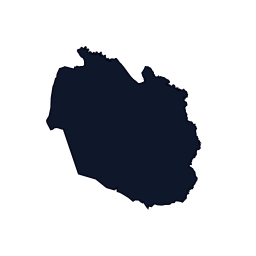 Ixcateopan de Cuauhtémoc, Guerrero, Mexico, rotated 137°
{"feature_id": "50627088B27024757468193", "entity_name": "Ixcateopan de Cuauhtémoc", "entity_type": "district", "adm_level": 2, "iso_a3": "MEX", "parent_name": "Mexico", "parent_adm1": "Guerrero", "projection": "natural_earth1", "projection_center": [-99.804, 18.463], "detail": "fine", "context": "isolated", "style": "filled", "palette": "ink", "viewbox_px": 256, "rotation_deg": 137, "n_neighbors": 0, "source": "geoboundaries", "source_scale": "gbopen_adm2", "svg_char_len": 5672}
<svg xmlns="http://www.w3.org/2000/svg" viewBox="0 0 256 256"><g transform="rotate(137 128 128)"><path d="M185.5,179.5L183.7,178.6L182.1,178.6L181.4,178.4L179.5,177.0L179.0,176.3L176.8,172.3L175.8,171.4L195.3,128.2L186.1,112.7L184.1,99.1L180.0,92.2L177.0,91.9L177.6,90.6L179.0,88.8L178.3,88.0L177.1,85.2L174.7,76.7L174.1,71.2L171.9,70.9L169.0,68.0L168.9,65.5L168.2,63.4L167.1,63.2L168.1,56.7L168.1,55.8L166.5,57.0L166.1,57.2L164.3,54.6L162.0,54.8L160.7,54.7L159.7,53.9L158.8,52.1L155.7,48.7L152.8,46.9L149.8,44.2L148.6,43.8L147.0,43.9L144.9,42.1L143.5,42.6L141.8,41.7L140.4,39.8L139.5,38.9L139.3,38.1L139.0,38.0L138.7,36.9L137.6,36.8L136.6,37.2L135.6,36.9L134.2,37.4L133.7,37.0L132.6,37.8L132.4,38.2L132.1,38.5L130.6,39.6L130.3,39.7L129.9,39.5L129.3,39.4L128.6,39.0L128.3,39.0L128.1,39.8L128.1,40.1L127.8,40.6L127.0,41.0L126.4,40.4L125.4,41.6L124.4,40.9L123.8,40.8L123.2,41.1L122.9,40.9L122.6,40.0L122.2,39.9L121.8,40.2L120.8,40.3L120.6,40.9L120.1,41.3L119.9,41.6L119.7,41.9L119.2,41.6L118.5,41.8L117.3,41.8L117.0,41.9L116.6,42.3L116.2,42.5L115.6,42.5L114.2,43.0L113.6,43.0L112.5,43.8L111.8,44.2L111.7,45.0L111.9,45.8L111.5,46.5L111.5,47.5L110.4,48.4L110.4,49.2L109.4,50.1L109.2,51.0L109.4,51.3L109.3,52.1L109.2,52.6L108.8,53.6L108.7,54.0L109.0,55.3L109.0,56.1L109.5,57.1L109.6,58.2L108.9,59.2L107.6,59.4L107.0,58.9L106.6,58.4L106.1,59.0L106.1,59.4L105.4,60.3L105.3,60.7L104.8,60.3L104.3,60.4L103.7,61.1L103.3,61.2L102.9,61.6L102.5,61.7L101.8,61.6L100.7,62.2L100.2,61.6L99.6,61.3L98.6,61.4L98.4,61.7L98.4,62.5L98.2,63.0L97.9,63.0L97.4,62.3L96.9,62.0L96.4,62.3L96.1,62.3L95.2,63.2L95.3,63.8L95.2,64.1L94.7,64.1L93.3,64.9L92.1,65.3L91.8,65.3L90.8,64.1L90.3,64.2L90.1,64.4L89.4,64.1L89.0,64.3L88.6,64.9L88.2,65.8L86.7,66.6L86.7,67.8L86.5,68.0L86.1,68.1L85.9,68.3L85.8,68.6L85.4,68.2L85.4,69.0L84.9,69.5L84.8,69.8L85.3,70.9L85.3,71.2L84.8,72.1L84.3,72.4L84.1,73.5L83.5,74.2L83.5,75.1L83.7,75.8L83.6,76.3L83.2,76.9L82.4,77.2L82.1,77.9L81.8,78.3L81.6,79.0L81.0,79.5L80.7,80.0L79.3,81.0L79.0,81.0L78.7,80.9L78.3,81.1L78.2,82.0L78.0,82.5L77.7,82.7L77.8,84.3L76.8,85.0L77.7,85.7L78.1,87.1L77.5,88.3L77.5,89.0L78.4,89.9L79.3,91.6L79.5,92.0L79.5,92.6L79.7,93.1L79.7,93.8L79.3,94.2L78.7,94.2L77.9,95.1L77.6,95.9L77.5,96.9L76.8,97.2L76.6,97.6L76.1,97.7L75.8,97.9L75.7,98.5L75.9,99.0L75.4,99.7L75.3,100.5L75.0,101.1L74.7,101.6L74.3,101.7L74.2,102.0L73.9,102.3L73.9,103.0L73.4,103.2L73.0,103.9L72.7,104.8L72.5,105.1L72.1,105.1L71.5,104.6L70.2,105.1L69.7,104.7L68.9,105.3L68.7,105.9L68.1,106.9L68.1,107.4L68.4,107.6L68.7,108.7L68.6,109.5L68.3,110.2L67.3,111.0L67.0,112.0L66.5,112.1L66.1,112.0L66.1,111.9L66.4,111.5L66.5,111.1L66.3,110.8L65.7,111.3L65.3,111.4L64.8,111.3L64.3,111.1L63.9,110.7L63.5,110.6L62.9,111.3L61.8,111.9L61.6,112.4L61.9,112.8L62.0,113.0L61.9,113.4L61.0,113.8L60.7,114.5L60.7,115.0L61.1,115.3L61.2,115.6L61.0,118.2L61.1,118.3L62.2,118.3L63.1,118.6L63.4,119.5L63.4,119.9L64.1,120.2L63.9,120.9L64.1,121.4L64.5,121.6L65.0,120.9L65.5,120.8L65.7,121.0L65.8,122.4L64.5,123.2L64.8,123.7L65.8,124.2L66.3,124.7L66.3,125.1L66.5,125.8L66.5,126.2L66.3,126.5L65.8,126.4L65.4,126.7L65.3,127.0L65.4,128.3L65.5,128.5L66.2,128.6L66.7,128.2L67.9,128.9L68.2,129.0L68.3,129.5L68.5,129.8L68.6,130.3L68.3,130.5L68.4,131.0L68.9,131.9L69.8,132.8L70.1,133.3L70.1,133.7L69.6,133.8L66.8,133.3L66.2,133.8L66.1,135.5L66.9,137.3L67.2,138.2L67.2,139.2L67.5,140.3L68.0,140.7L69.3,143.2L69.7,143.4L70.6,143.4L70.8,143.9L70.5,144.9L71.3,144.9L72.6,145.7L73.1,146.4L73.4,147.6L72.7,148.8L72.7,149.2L72.8,149.7L73.1,149.9L73.1,150.2L72.9,150.5L72.3,150.7L71.8,151.4L71.5,153.0L71.7,153.5L71.6,154.0L71.2,154.8L71.0,156.3L71.2,157.3L72.1,157.7L72.2,158.0L71.7,158.9L71.9,159.2L72.2,159.3L72.4,159.6L72.8,160.0L73.3,160.7L73.6,160.8L75.6,159.8L77.3,159.4L78.4,159.0L80.1,158.7L81.6,155.7L81.7,155.0L82.1,154.0L81.8,152.8L82.9,152.4L83.3,151.4L84.1,150.7L84.4,150.3L88.8,152.0L90.1,153.0L90.5,153.9L90.7,157.0L91.0,158.3L91.3,160.4L91.3,164.2L89.9,176.0L89.9,177.3L89.7,179.5L89.9,181.4L89.5,184.3L89.4,186.8L89.8,187.1L90.3,187.0L91.3,187.4L92.0,188.5L92.9,189.5L94.1,190.0L94.4,189.9L95.0,189.2L95.6,188.9L96.0,189.3L96.1,189.7L96.0,190.0L95.5,190.6L95.3,191.2L95.3,192.0L95.3,192.3L95.6,192.4L96.9,191.9L97.3,192.3L97.0,192.8L96.6,194.3L96.7,195.2L96.6,195.6L96.5,195.8L95.7,196.0L95.3,196.5L95.7,196.8L96.7,196.4L97.0,196.6L97.3,199.1L97.6,199.5L98.8,199.4L99.1,199.6L99.1,199.9L99.1,200.2L98.4,200.7L96.4,201.0L96.3,201.7L96.9,201.8L97.7,201.7L98.4,201.8L99.2,202.4L99.2,204.0L99.1,204.5L99.2,204.8L99.7,205.0L100.1,204.8L100.2,204.4L100.8,203.9L101.5,203.8L101.7,204.0L101.7,204.6L101.6,205.2L101.6,206.4L101.9,206.6L103.7,205.9L103.9,206.1L103.7,206.7L103.7,207.8L103.6,208.8L103.9,209.6L104.8,209.3L105.6,209.3L105.8,209.8L105.9,210.4L105.8,211.0L105.1,211.4L104.8,212.2L104.5,212.3L103.7,212.0L103.4,212.3L103.4,212.7L104.0,213.2L104.6,213.5L104.9,214.0L104.8,214.6L103.7,215.6L103.6,216.0L103.8,216.3L105.3,216.2L106.3,215.5L106.5,215.7L106.7,216.1L107.0,218.4L107.3,218.6L107.5,218.5L108.8,218.0L109.1,218.0L109.4,218.1L109.8,218.6L110.0,218.7L110.5,218.8L111.2,219.2L111.8,219.2L112.3,218.7L112.4,218.2L112.7,217.2L112.8,215.3L113.3,214.0L113.2,213.5L113.5,212.2L113.4,211.7L112.8,210.1L113.1,208.8L113.5,207.3L114.0,206.7L114.2,206.0L114.7,205.7L116.5,203.6L117.0,203.4L118.2,203.3L118.9,203.4L119.4,203.7L120.6,204.9L120.8,204.9L121.1,205.2L121.7,205.5L122.3,206.1L123.0,207.3L123.6,208.0L125.2,207.8L125.5,208.6L127.3,207.5L132.6,215.8L134.4,216.3L137.5,217.9L142.3,215.9L144.1,214.8L144.8,213.8L146.0,213.3L147.0,213.5L152.5,210.1L154.3,209.4L163.5,202.2L170.6,195.1L176.5,191.0L177.5,190.3L182.1,189.0L183.4,187.1L185.5,179.5Z" fill="#0f172a" stroke="#020617" stroke-width="1.5"/></g></svg>